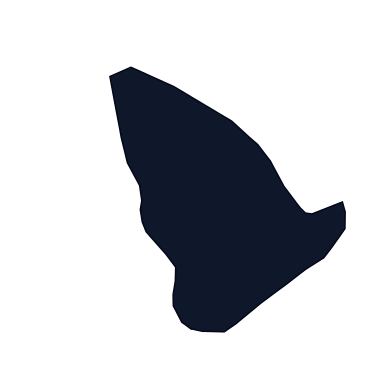 the district of Leewehpea-Mahn, Nimba, Liberia, rotated 135°
{"feature_id": "62588387B51124182778876", "entity_name": "Leewehpea-Mahn", "entity_type": "district", "adm_level": 2, "iso_a3": "LBR", "parent_name": "Liberia", "parent_adm1": "Nimba", "projection": "natural_earth1", "projection_center": [-8.897, 7.043], "detail": "fine", "context": "isolated", "style": "filled", "palette": "ink", "viewbox_px": 384, "rotation_deg": 135, "n_neighbors": 0, "source": "geoboundaries", "source_scale": "gbopen_adm2", "svg_char_len": 1085}
<svg xmlns="http://www.w3.org/2000/svg" viewBox="0 0 384 384"><g transform="rotate(135 192 192)"><path d="M92.7,78.6L122.6,91.6L126.7,96.9L126.7,104.4L126.1,109.2L123.0,131.1L115.6,155.6L115.3,156.5L114.7,158.4L114.1,163.5L112.1,178.2L112.0,179.2L112.8,190.5L112.9,192.5L113.8,213.9L117.9,230.2L125.1,258.6L129.4,275.8L130.4,279.6L134.4,290.1L141.1,307.9L147.0,323.4L167.3,331.3L168.4,331.7L187.6,303.7L199.7,285.9L200.1,285.4L203.7,280.2L207.4,274.1L207.7,273.6L210.5,268.9L217.0,258.3L220.1,248.0L224.4,233.7L225.1,232.7L227.6,229.4L233.6,221.4L240.0,216.8L241.0,216.1L248.4,205.9L252.5,196.3L252.7,193.0L253.0,189.4L254.4,166.4L256.7,150.4L258.5,148.6L266.8,140.8L277.9,132.8L281.1,129.5L285.7,124.7L291.3,107.1L290.5,102.5L289.7,96.8L289.2,97.0L289.5,95.6L288.6,94.7L283.1,86.1L281.5,84.5L268.0,70.3L261.8,69.2L253.6,67.7L251.8,67.6L226.5,65.2L221.5,64.7L206.9,62.6L189.8,60.0L172.1,57.8L171.1,57.6L166.2,57.0L148.4,53.0L145.5,52.3L141.6,52.8L132.6,54.0L119.6,56.2L117.8,56.5L109.8,57.9L97.6,69.8L96.4,72.1L92.7,78.6Z" fill="#0f172a" stroke="#020617" stroke-width="1.5"/></g></svg>